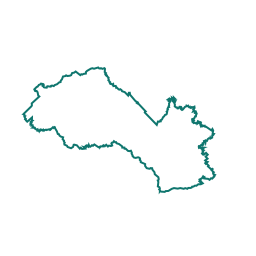 Upper Hunter, New South Wales, Australia (Natural Earth projection), rotated 217°
{"feature_id": "25037944B30189264259012", "entity_name": "Upper Hunter", "entity_type": "district", "adm_level": 2, "iso_a3": "AUS", "parent_name": "Australia", "parent_adm1": "New South Wales", "projection": "natural_earth1", "projection_center": [150.757, -31.981], "detail": "fine", "context": "isolated", "style": "outline", "palette": "teal", "viewbox_px": 256, "rotation_deg": 217, "n_neighbors": 0, "source": "geoboundaries", "source_scale": "gbopen_adm2", "svg_char_len": 5840}
<svg xmlns="http://www.w3.org/2000/svg" viewBox="0 0 256 256"><g transform="rotate(217 128 128)"><path d="M205.7,138.3L205.2,136.0L205.8,134.9L207.6,133.1L209.1,132.8L209.1,132.0L210.9,130.0L210.0,127.0L210.2,125.4L209.5,124.1L210.4,123.1L211.0,120.3L212.4,118.1L212.5,116.8L214.2,116.2L214.8,115.4L214.5,114.8L214.9,114.3L217.3,113.0L217.6,112.6L217.2,111.3L218.9,110.2L219.8,109.9L221.1,110.6L221.6,110.2L222.0,110.5L222.0,111.3L221.4,111.8L222.0,112.1L224.2,111.1L224.3,110.0L225.1,108.8L225.1,106.5L225.6,106.0L226.1,102.5L225.0,101.9L224.9,102.3L224.0,101.9L223.3,102.6L221.8,102.2L219.2,99.9L217.8,99.8L219.7,89.7L218.4,88.3L218.2,87.3L219.8,76.7L219.2,76.4L219.4,76.1L218.7,76.2L218.2,75.4L217.3,75.6L217.4,74.6L215.8,73.9L215.6,73.3L215.0,73.7L214.3,72.7L212.3,72.4L211.0,78.6L209.4,76.4L208.7,76.5L209.1,75.4L208.8,75.1L209.2,74.7L208.6,74.5L208.9,74.0L208.4,73.8L208.6,72.8L208.1,72.2L207.7,73.1L207.1,72.8L207.3,72.3L206.4,72.4L206.3,72.0L205.7,72.6L205.1,71.6L205.2,72.2L203.9,71.9L204.2,71.0L202.5,72.1L202.0,71.5L200.0,71.7L199.6,72.4L198.8,71.3L198.0,71.8L198.3,72.2L198.0,72.5L197.0,72.0L197.2,72.9L196.6,73.1L196.9,74.0L196.2,74.0L196.0,74.6L194.9,74.5L194.7,75.7L193.5,75.3L193.3,76.3L192.5,77.3L192.0,77.2L190.1,79.6L189.3,79.5L189.2,80.3L188.9,80.2L188.4,83.5L187.4,83.3L187.0,85.4L186.8,84.2L182.7,82.5L180.5,81.0L179.5,81.5L178.1,80.7L176.6,80.7L174.2,81.5L173.5,79.7L171.5,79.4L171.2,78.7L169.7,78.2L169.7,77.4L168.8,76.5L166.1,77.1L164.8,76.5L161.3,77.6L160.5,79.9L161.3,81.9L161.0,82.3L158.4,83.4L154.0,82.5L153.8,83.9L152.1,83.6L149.8,85.8L151.7,86.2L151.2,86.4L151.0,88.1L150.1,88.0L150.5,89.3L149.3,90.1L149.1,89.0L148.3,89.1L149.0,90.8L147.8,90.1L146.8,90.4L146.4,92.6L145.3,92.7L145.0,94.6L139.9,94.9L139.2,96.2L138.8,95.8L138.8,96.8L137.1,98.1L137.5,98.2L137.3,99.3L136.4,99.1L136.0,100.0L135.5,99.9L135.3,101.5L132.9,101.1L132.6,102.5L130.8,103.3L130.1,104.5L132.0,105.7L132.0,106.6L131.2,107.5L131.3,109.0L129.4,108.9L129.0,109.5L127.6,109.0L125.6,109.8L121.6,109.8L120.8,108.9L119.1,110.2L118.3,109.4L117.2,110.1L114.3,109.7L112.9,110.4L112.0,111.6L110.0,110.5L109.7,109.7L107.8,108.9L107.6,108.4L105.5,108.0L103.9,108.7L102.3,110.7L100.8,111.1L99.6,110.5L99.4,109.6L97.8,109.2L97.2,108.4L92.6,109.5L91.5,108.0L88.9,107.2L86.4,108.3L85.9,108.9L85.9,109.5L84.5,110.4L83.6,109.5L80.2,108.6L78.8,107.2L74.2,107.0L72.7,105.7L72.3,104.4L72.6,104.0L71.3,103.2L69.0,99.3L67.2,99.6L66.2,98.9L66.1,97.7L65.1,97.6L64.5,96.7L64.5,97.0L63.3,97.1L60.2,99.1L60.0,100.2L57.9,102.0L56.4,105.8L55.1,107.7L51.8,109.5L50.1,111.5L46.9,113.0L46.1,114.4L44.0,115.2L43.8,116.4L41.9,117.8L41.3,118.9L41.5,119.7L40.4,120.7L39.9,122.2L38.6,123.1L38.0,125.4L36.0,126.9L35.0,128.8L37.1,129.1L37.2,128.2L39.0,128.4L38.8,130.0L39.8,130.1L38.7,132.3L38.9,134.6L38.3,134.5L38.4,133.7L37.3,133.5L37.1,134.6L36.2,133.9L33.4,135.6L31.7,135.7L31.4,137.9L30.3,138.2L29.9,141.1L30.5,141.2L30.3,142.9L32.2,142.6L33.1,143.3L32.9,144.3L35.8,144.6L35.7,146.1L36.1,146.1L36.2,145.0L40.9,145.5L41.0,144.5L41.0,146.5L44.1,146.9L44.2,146.2L45.2,146.4L45.0,148.0L44.1,147.8L44.0,148.8L45.4,148.3L46.9,148.5L46.0,151.4L48.7,151.8L48.3,154.7L50.7,155.1L51.0,153.2L51.4,153.3L51.6,152.3L52.7,152.4L52.7,152.0L53.6,152.2L53.5,154.0L54.3,154.3L54.1,155.4L55.1,155.0L55.9,155.7L55.5,156.5L56.4,156.6L55.6,158.0L56.6,157.4L56.6,155.7L57.1,155.7L57.5,156.3L58.4,155.6L59.1,156.2L59.5,155.0L60.2,155.6L60.5,156.2L59.7,156.8L59.4,158.2L59.0,158.2L58.9,159.1L58.2,159.0L57.8,160.0L58.0,160.5L59.2,160.8L58.6,162.4L59.5,163.3L59.0,164.0L57.4,163.0L58.4,164.9L57.2,165.3L57.6,167.1L57.3,168.4L56.2,168.9L56.5,169.8L55.7,169.4L55.0,171.0L56.1,172.5L55.7,173.7L55.8,174.9L56.9,174.2L58.5,177.3L60.0,178.0L59.9,176.3L66.4,176.0L67.1,175.4L68.1,176.0L69.5,174.1L70.0,174.0L70.1,174.9L70.4,174.8L70.6,173.2L72.0,174.0L72.2,175.0L73.0,174.9L73.2,177.1L74.1,174.8L75.0,175.0L75.3,175.7L76.3,175.5L76.0,174.3L75.1,173.9L75.3,173.0L76.1,173.6L76.7,172.5L77.8,172.4L78.4,171.6L79.3,172.2L80.4,170.9L80.1,171.8L81.1,172.7L80.0,173.8L80.9,174.2L81.7,173.2L82.1,173.6L80.9,175.6L81.4,177.8L80.8,178.2L81.8,180.0L81.7,180.7L82.7,181.3L83.6,180.4L83.9,181.1L83.2,181.6L83.9,182.1L84.8,181.7L85.9,180.3L86.2,181.9L87.3,182.2L86.8,183.0L86.9,184.1L87.8,185.0L88.4,183.8L89.7,183.1L89.9,181.8L91.0,181.6L91.4,182.1L91.9,181.4L93.2,181.9L93.2,181.4L94.7,181.1L94.4,180.5L95.2,179.2L95.3,175.8L95.7,174.9L96.9,174.9L97.6,175.5L97.4,176.4L98.3,176.8L99.7,175.9L99.4,174.2L100.3,173.4L101.3,173.9L101.9,173.4L103.7,173.4L104.6,174.9L105.7,175.5L106.2,177.4L106.6,176.1L108.3,176.4L107.8,179.6L108.6,179.7L109.3,179.8L109.0,179.5L109.2,178.9L110.3,178.8L109.3,178.3L109.9,178.1L109.8,177.4L111.0,177.6L110.9,176.7L111.3,176.8L111.4,176.3L112.7,176.5L113.3,174.5L112.2,174.7L111.8,174.0L110.3,174.7L110.0,172.3L108.6,170.6L108.7,169.9L108.0,169.5L108.4,169.2L108.1,167.3L107.4,167.0L107.5,166.2L106.8,165.5L107.0,164.3L106.2,164.0L105.5,162.5L105.5,161.9L106.3,160.8L106.2,158.8L106.5,157.9L106.0,155.2L106.6,153.9L106.0,153.2L106.6,152.9L106.5,152.1L108.0,151.2L106.9,147.8L124.0,150.5L124.3,151.4L124.0,151.9L135.6,153.9L135.5,153.3L136.0,153.3L135.8,154.3L138.3,154.0L146.3,155.8L147.8,157.2L148.3,156.8L147.0,155.7L148.2,155.8L147.5,154.0L152.2,154.7L154.9,153.8L156.1,154.4L157.6,154.3L157.9,153.5L158.7,153.2L161.5,153.6L161.7,153.1L163.1,154.2L164.8,152.7L166.2,154.1L166.4,153.2L167.6,153.4L168.6,152.6L170.1,153.3L170.0,153.9L172.4,154.3L172.5,155.1L173.5,155.7L173.8,156.5L176.7,156.8L176.6,157.3L177.4,157.5L177.5,156.9L178.2,157.1L178.1,157.6L178.8,157.8L178.7,158.6L180.3,158.7L182.0,161.4L182.8,161.6L184.1,159.8L185.6,159.5L186.0,158.7L187.1,158.2L188.2,158.4L190.8,154.9L192.4,154.3L193.4,153.0L195.1,148.9L195.3,147.4L194.4,146.1L196.1,144.4L196.7,143.1L197.7,142.8L197.9,141.5L203.8,141.6L204.3,139.8L205.7,138.3Z" fill="none" stroke="#0f766e" stroke-width="2"/></g></svg>